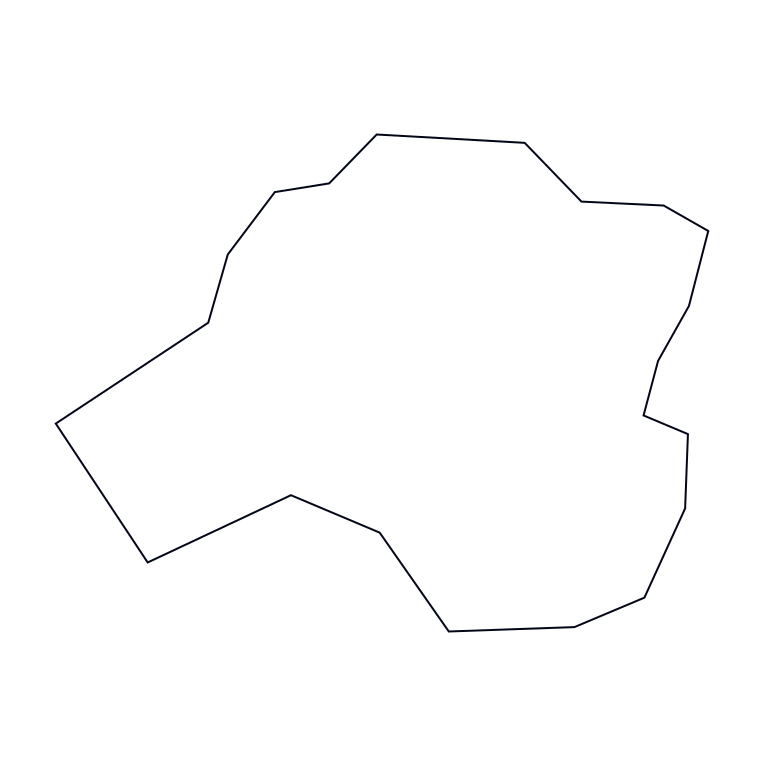 map outline of Żabbar (Albers equal-area conic projection), rotated 178°
{"feature_id": "MLT-5956", "entity_name": "Żabbar", "entity_type": "state/province", "adm_level": 1, "iso_a3": "MLT", "parent_name": "Malta", "parent_adm1": "", "projection": "albers", "projection_center": [14.539, 35.872], "detail": "fine", "context": "isolated", "style": "outline", "palette": "ink", "viewbox_px": 768, "rotation_deg": 178, "n_neighbors": 0, "source": "natural_earth", "source_scale": "10m", "svg_char_len": 425}
<svg xmlns="http://www.w3.org/2000/svg" viewBox="0 0 768 768"><g transform="rotate(178 384 384)"><path d="M626.4,213.9L713.4,355.9L557.5,451.4L535.6,518.9L486.4,579.6L431.8,586.4L382.6,633.6L235.0,620.1L180.3,559.4L98.3,552.6L54.6,525.6L76.5,451.4L109.3,397.5L125.7,343.5L82.0,323.3L87.4,249.1L131.2,161.4L202.2,134.4L327.9,134.4L393.5,235.6L480.9,276.1L626.4,213.9Z" fill="none" stroke="#020617" stroke-width="2"/></g></svg>